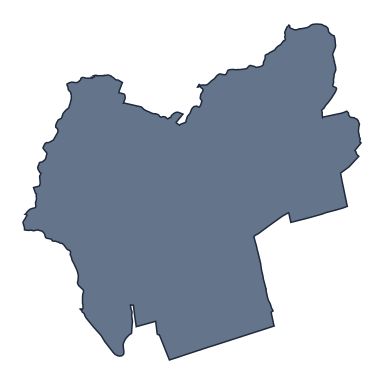 outline of Urlati, Prahova, Romania
{"feature_id": "2599482B73103254807703", "entity_name": "Urlati", "entity_type": "district", "adm_level": 2, "iso_a3": "ROU", "parent_name": "Romania", "parent_adm1": "Prahova", "projection": "orthographic", "projection_center": [26.251, 44.997], "detail": "fine", "context": "isolated", "style": "filled", "palette": "slate", "viewbox_px": 384, "rotation_deg": 0, "n_neighbors": 0, "source": "geoboundaries", "source_scale": "gbopen_adm2", "svg_char_len": 5766}
<svg xmlns="http://www.w3.org/2000/svg" viewBox="0 0 384 384"><path d="M214.7,345.2L274.2,326.0L273.8,325.0L271.2,312.6L271.4,312.0L273.1,310.9L271.4,307.7L270.4,304.2L268.9,301.2L268.4,300.4L267.4,297.0L266.0,290.2L266.2,289.1L266.1,288.6L265.8,288.2L263.2,278.3L263.2,277.7L262.5,274.0L261.8,271.4L261.0,266.7L260.6,263.2L257.8,251.7L257.1,249.3L256.6,246.6L253.8,236.6L255.3,235.3L258.4,233.6L268.9,225.8L282.3,216.2L288.5,212.7L288.9,213.4L290.8,222.4L309.2,217.7L322.0,214.1L325.7,212.7L336.8,209.8L342.9,208.0L347.3,206.4L341.9,180.3L340.6,173.1L349.0,166.9L358.8,156.3L356.8,154.5L355.9,151.7L354.9,150.4L360.9,143.2L361.0,142.7L360.3,142.4L360.0,141.9L359.9,140.4L360.2,139.2L360.1,138.1L359.3,137.0L359.1,134.4L358.4,131.6L358.8,126.9L359.5,124.2L358.4,121.6L358.3,120.9L357.0,119.2L355.1,118.4L354.4,117.8L350.6,117.3L350.2,117.1L348.6,115.0L348.5,113.1L347.7,112.1L346.8,111.2L346.5,111.2L344.2,112.3L341.4,113.2L323.9,116.9L323.0,117.2L322.6,117.6L322.2,114.6L322.2,112.5L321.7,110.9L321.7,110.4L322.3,109.6L324.0,108.1L325.7,105.3L328.3,102.4L331.4,98.2L334.6,93.2L335.7,91.2L336.5,89.1L336.5,88.4L336.1,87.7L333.7,86.6L333.0,86.0L332.7,85.4L333.6,82.5L333.6,81.6L333.4,80.0L334.1,76.1L334.0,74.9L335.8,70.0L335.6,66.8L335.2,65.0L334.6,63.3L334.5,61.8L333.9,59.9L333.6,57.9L332.9,55.5L332.7,54.4L333.0,53.1L333.8,51.3L335.3,47.5L335.6,46.0L334.9,38.7L334.1,35.8L332.8,35.4L331.7,34.8L329.1,32.5L328.6,31.8L328.3,29.7L327.9,28.3L326.6,26.9L325.9,26.4L323.9,25.6L321.5,24.4L316.9,24.0L313.0,24.3L310.6,25.3L309.0,26.7L307.1,27.6L301.4,28.7L299.0,28.8L297.5,29.6L295.6,29.8L294.3,29.7L290.2,28.0L289.7,27.1L289.8,25.9L289.3,25.3L288.8,25.1L288.4,25.9L287.0,27.0L285.1,31.3L284.8,32.4L284.7,33.1L285.4,35.1L284.7,36.8L284.9,37.8L285.4,38.9L285.4,39.4L285.2,39.8L283.9,41.0L283.7,40.8L282.9,41.6L280.7,44.6L278.4,45.9L275.9,48.2L275.0,49.7L274.6,50.1L270.0,52.5L267.8,54.1L266.4,54.4L265.4,55.2L265.1,55.9L265.2,58.0L265.0,58.9L263.4,62.4L263.4,64.6L262.0,65.9L260.0,66.7L256.2,67.4L254.1,66.4L250.3,65.4L249.0,66.0L247.0,68.3L245.8,68.8L239.8,69.6L238.1,69.5L235.6,69.8L233.2,69.4L229.2,69.7L228.1,70.2L227.7,70.7L226.5,73.4L225.8,74.5L225.1,74.7L223.1,74.6L220.2,73.9L219.2,74.1L217.9,74.8L216.7,75.9L214.4,78.7L211.4,80.9L208.9,83.3L207.3,84.6L205.6,85.1L202.5,85.0L201.1,85.2L200.6,85.4L199.2,84.4L198.9,84.6L198.6,85.1L198.6,85.6L197.7,86.6L197.5,87.1L198.8,86.9L200.3,86.3L200.8,87.5L202.6,88.8L202.9,89.6L202.9,91.1L201.0,93.9L200.6,95.3L200.2,98.1L200.4,98.8L201.7,100.5L201.8,101.3L200.8,104.7L199.6,106.9L199.2,107.1L198.7,107.1L196.8,106.1L194.1,106.5L193.4,107.0L191.7,109.0L190.0,113.3L187.7,116.1L187.4,116.6L186.9,117.9L185.8,121.9L185.5,122.4L180.7,124.2L179.5,125.2L176.6,123.2L176.1,122.4L183.0,114.1L177.9,112.2L177.0,112.2L175.9,112.4L173.9,113.4L171.4,115.6L171.1,116.2L171.0,117.1L170.8,117.6L169.6,117.6L167.9,118.8L167.6,118.8L167.0,118.5L165.9,117.4L165.2,116.9L164.5,116.7L162.7,116.6L161.7,117.1L160.9,117.2L159.3,116.1L159.0,115.3L158.1,114.6L155.9,113.8L153.0,113.6L150.4,112.6L149.2,111.9L146.8,111.0L144.0,109.5L141.9,107.4L141.2,106.9L124.5,103.1L123.4,103.2L125.1,98.7L125.2,97.4L124.9,95.1L124.2,94.2L123.7,93.9L118.8,92.7L119.4,90.5L122.4,82.5L118.1,80.0L116.8,80.0L115.5,79.6L113.5,77.8L111.6,76.5L110.8,75.8L108.5,75.1L107.7,75.0L106.8,75.1L105.5,75.5L104.3,75.2L104.0,75.6L99.7,75.7L96.2,75.7L96.2,75.3L94.6,75.4L94.5,75.9L93.7,75.9L94.4,76.5L94.3,76.9L91.5,77.2L92.1,78.1L86.4,78.2L83.6,77.5L82.1,77.5L81.0,78.2L80.9,78.4L80.7,79.3L80.5,79.9L78.2,82.0L76.9,82.5L75.6,82.6L71.8,82.1L69.4,82.7L66.9,84.1L67.2,85.6L68.0,87.2L68.2,89.4L69.2,90.9L70.7,92.3L70.8,93.7L71.3,95.1L71.4,95.7L71.3,97.3L71.3,98.9L70.6,101.3L70.4,102.7L69.5,105.2L69.0,107.2L68.6,108.0L65.8,110.2L63.2,113.3L62.9,114.0L61.6,118.0L61.3,118.4L59.1,119.4L58.2,120.0L56.4,123.3L55.9,124.9L55.6,126.9L55.7,127.2L57.2,128.5L57.6,129.2L57.9,130.3L57.9,132.1L53.5,139.8L53.0,140.3L49.3,142.3L48.3,142.6L46.5,142.6L45.2,143.4L44.6,144.3L43.0,147.7L43.0,148.1L44.6,150.3L46.6,152.7L46.8,153.4L46.7,154.8L46.3,155.8L45.7,158.4L45.1,159.6L42.6,161.7L42.0,162.0L40.2,162.3L39.5,162.6L37.8,167.0L37.7,167.6L37.8,168.3L38.1,169.3L39.6,172.1L39.9,172.5L40.8,172.9L41.0,173.4L39.6,176.2L40.2,183.1L40.1,183.9L39.6,185.4L39.2,186.1L33.5,187.5L35.6,193.5L36.2,193.7L36.4,194.0L36.2,196.4L36.5,198.0L36.4,199.7L36.2,200.7L35.5,202.4L35.8,206.1L35.6,207.2L34.7,207.9L32.2,208.4L29.7,209.4L27.3,211.7L25.9,213.7L25.1,214.3L26.6,214.7L26.9,215.1L26.9,215.4L25.3,218.4L23.3,221.4L23.0,222.7L24.4,227.5L24.5,229.9L27.6,230.4L31.4,230.2L33.5,230.8L37.5,229.9L42.1,231.2L43.6,232.6L44.1,233.3L44.6,234.1L45.3,236.7L45.7,237.6L46.1,237.9L47.1,238.3L51.5,239.2L52.1,240.6L52.8,241.1L55.4,241.2L58.9,242.3L59.8,243.0L62.1,243.4L63.7,244.7L66.6,248.7L67.7,249.7L69.3,250.3L70.1,251.1L70.4,251.5L70.6,252.5L70.2,254.3L70.2,254.7L71.2,256.7L72.2,260.5L73.8,263.4L77.1,270.5L78.3,275.1L78.3,276.9L78.0,280.4L77.5,282.5L77.5,283.1L78.0,284.4L78.8,285.7L83.1,289.8L83.6,290.6L83.5,291.7L82.8,294.3L82.5,296.9L82.5,302.2L82.6,303.8L83.0,305.0L83.0,307.8L82.7,308.8L82.3,309.3L81.9,309.4L81.0,308.9L80.2,309.1L81.9,310.7L82.0,311.5L82.3,312.1L82.9,312.4L84.3,313.7L84.6,315.0L86.0,317.8L94.1,327.7L100.6,334.9L101.7,336.4L104.5,341.2L113.0,352.2L114.6,354.0L115.1,354.4L117.3,355.6L119.4,356.1L121.2,355.9L121.9,355.7L123.0,354.9L123.6,354.1L123.8,353.6L123.9,351.6L123.6,349.5L123.2,345.5L123.3,344.0L123.7,342.5L125.7,338.6L129.0,335.0L130.7,333.9L131.4,333.4L131.6,332.8L132.1,325.2L132.5,321.6L131.6,314.9L132.0,313.4L131.9,311.5L131.1,309.2L130.6,306.3L130.4,305.8L130.4,305.0L133.4,305.2L134.7,316.1L136.1,325.3L136.2,326.7L155.7,321.3L157.1,333.4L157.3,334.1L158.2,334.8L159.3,334.7L169.4,360.0L209.1,346.9L214.7,345.2Z" fill="#64748b" stroke="#1e293b" stroke-width="1.5"/></svg>